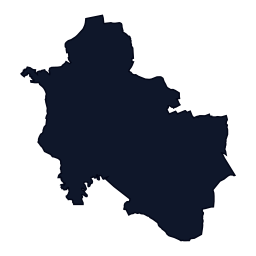 the district of Adamus, Mures, Romania
{"feature_id": "2599482B10213033465232", "entity_name": "Adamus", "entity_type": "district", "adm_level": 2, "iso_a3": "ROU", "parent_name": "Romania", "parent_adm1": "Mures", "projection": "orthographic", "projection_center": [24.206, 46.308], "detail": "fine", "context": "isolated", "style": "filled", "palette": "ink", "viewbox_px": 256, "rotation_deg": 0, "n_neighbors": 0, "source": "geoboundaries", "source_scale": "gbopen_adm2", "svg_char_len": 5670}
<svg xmlns="http://www.w3.org/2000/svg" viewBox="0 0 256 256"><path d="M234.9,175.3L224.3,158.1L221.8,152.9L224.5,153.5L226.1,154.7L225.7,152.9L225.7,152.2L225.3,150.8L224.9,150.2L224.8,149.3L224.9,148.8L224.8,148.3L225.3,146.9L225.2,146.2L225.6,145.4L225.8,143.8L225.4,142.6L225.8,141.9L225.9,140.6L225.8,139.6L227.5,134.4L227.5,130.5L227.4,129.2L226.7,127.0L227.2,125.8L227.3,125.1L226.7,124.4L225.7,123.8L226.2,123.0L226.3,121.6L227.2,119.9L227.2,119.3L226.2,115.7L222.0,116.9L220.4,117.0L217.5,116.7L215.4,117.1L211.9,117.0L211.7,116.3L210.8,116.6L210.0,116.1L209.5,115.2L209.3,114.3L205.1,115.9L199.8,115.8L198.7,116.1L198.1,116.5L198.5,117.1L198.2,117.4L197.6,116.6L197.2,116.9L197.0,116.5L194.4,117.6L193.9,118.0L192.0,115.8L190.2,111.2L186.9,112.5L185.5,110.8L184.9,110.8L177.4,113.9L175.6,111.4L169.2,114.1L166.8,109.6L167.5,108.2L168.1,107.8L168.3,106.9L168.2,105.8L169.9,105.7L171.9,107.2L172.3,107.2L172.8,106.9L173.6,108.0L175.3,106.8L175.8,106.7L175.9,107.0L179.9,104.8L179.1,103.7L177.4,99.9L176.6,99.1L177.5,98.7L179.5,98.4L179.2,96.3L179.2,93.0L175.3,90.6L173.1,89.6L170.7,89.7L167.4,87.8L166.7,87.0L165.9,85.4L165.6,84.6L163.9,81.5L162.9,78.4L161.3,77.2L160.2,76.9L157.0,77.0L151.4,79.2L149.2,79.5L145.3,79.2L138.3,76.4L135.8,74.8L134.2,74.9L132.4,74.3L130.9,72.4L128.9,71.4L128.8,70.9L129.6,69.1L131.1,67.1L132.2,65.0L133.4,61.9L131.9,61.8L131.8,58.5L133.3,58.2L132.7,48.0L132.5,47.7L132.1,47.6L131.8,46.5L131.4,46.1L131.1,44.5L131.3,44.4L130.8,42.7L130.9,40.6L130.1,39.0L130.5,38.7L129.7,36.7L129.4,36.4L128.8,36.7L125.5,33.6L124.8,33.4L122.7,31.8L122.3,30.7L122.8,30.5L121.9,27.0L121.9,26.0L121.6,24.3L121.3,23.7L120.4,23.1L119.4,22.8L115.0,23.4L112.6,23.3L111.0,22.8L104.2,23.6L103.9,23.4L103.6,22.9L103.1,18.0L102.4,15.4L85.9,18.7L85.5,22.7L84.9,25.2L83.5,28.4L82.7,29.6L77.5,35.3L75.6,37.0L71.4,39.7L68.3,40.8L66.5,42.2L65.5,43.4L65.3,44.3L65.3,46.4L65.4,46.9L66.1,47.5L66.4,48.2L66.3,49.6L66.8,52.6L68.6,52.5L69.0,57.7L68.4,57.8L68.8,59.6L70.9,62.5L69.8,63.6L69.0,63.4L66.1,61.6L65.1,63.3L62.3,65.5L62.4,66.2L62.1,66.4L60.6,66.9L57.9,67.3L51.7,67.5L49.7,68.4L49.7,69.3L49.1,70.6L49.6,71.9L49.8,73.2L49.6,74.6L48.7,74.3L47.5,72.7L44.8,70.7L44.6,69.9L41.5,70.6L40.9,71.6L40.5,71.6L40.0,71.1L38.3,71.5L37.1,72.2L37.3,74.2L36.3,73.2L35.1,72.5L35.4,69.9L33.4,69.8L32.0,69.1L30.1,67.8L27.3,67.2L26.3,69.5L25.3,69.2L25.0,69.3L25.2,69.5L24.5,70.4L23.9,70.1L23.5,70.3L23.9,71.2L23.3,71.5L23.5,72.1L23.3,72.6L22.6,72.5L22.0,73.2L21.6,73.2L21.1,73.8L21.6,74.5L24.2,76.6L24.6,75.8L27.2,74.7L27.4,73.3L27.7,73.2L29.3,73.8L30.0,74.5L29.8,76.0L30.4,76.7L31.7,76.7L31.6,78.0L32.1,78.3L32.7,79.1L34.0,80.2L33.9,81.0L30.8,80.8L31.0,82.1L35.0,82.6L39.1,82.5L39.8,84.4L42.6,86.7L43.9,88.2L45.2,90.5L46.3,93.3L46.4,94.3L45.9,96.1L45.9,98.2L45.4,99.7L45.7,100.3L45.9,102.1L47.4,108.2L47.1,111.0L47.7,114.1L47.1,114.8L46.5,116.2L46.1,117.6L46.0,118.4L46.8,118.9L46.1,125.0L44.2,127.1L43.2,130.3L43.2,131.7L42.5,133.1L41.8,133.8L41.3,133.8L40.4,134.9L39.4,136.9L38.6,139.1L38.6,140.8L38.1,142.1L39.8,144.2L40.6,145.5L42.5,147.4L44.6,151.4L50.8,154.4L52.3,156.4L52.7,156.7L54.0,156.8L58.1,158.3L59.8,159.6L60.6,160.6L60.8,161.8L60.8,163.6L61.4,165.2L60.5,168.3L60.7,169.3L61.0,169.9L61.4,173.3L60.4,173.7L59.1,174.9L58.7,175.6L58.2,177.5L59.6,177.5L60.2,176.9L60.4,177.3L61.1,177.5L61.6,178.1L61.5,178.5L61.1,178.7L61.5,180.0L61.8,180.1L61.8,180.7L63.1,181.8L63.8,182.9L64.7,182.9L65.1,183.5L64.4,185.0L63.9,185.5L63.7,185.3L63.9,184.4L61.1,184.7L60.9,184.9L61.7,185.2L61.2,187.4L61.7,187.7L61.8,188.1L62.0,187.9L62.3,188.4L62.8,188.4L63.1,188.9L63.6,189.0L64.1,189.8L66.1,189.5L65.9,189.3L65.9,189.0L66.2,188.8L66.5,189.0L66.8,188.3L67.4,188.4L67.7,187.6L68.0,187.4L68.5,187.7L69.3,191.4L68.5,193.4L68.5,193.9L67.2,195.7L66.3,196.2L66.6,197.5L68.0,198.8L68.3,199.5L68.5,199.5L69.9,199.3L72.1,199.6L72.9,200.7L72.8,201.1L72.9,202.5L73.4,202.8L73.8,204.4L83.0,204.4L83.0,202.9L81.6,199.6L81.6,198.3L82.4,197.1L82.2,196.3L81.7,195.4L81.6,194.8L82.1,194.5L83.2,194.6L86.0,196.5L86.8,196.5L87.1,196.1L87.1,195.2L86.8,194.7L85.2,193.2L84.3,191.4L81.8,189.5L81.7,189.0L81.7,188.6L82.1,188.1L82.9,188.2L83.5,188.6L84.5,189.8L85.4,190.1L86.2,189.0L86.2,188.5L85.2,186.1L85.0,185.2L83.8,183.9L83.7,183.2L84.0,182.4L84.3,182.1L85.7,181.8L87.5,182.1L88.1,182.9L88.0,185.5L88.1,186.1L88.4,186.5L88.7,186.6L89.6,186.1L90.6,183.7L91.9,183.2L92.1,182.9L92.4,181.8L92.3,181.1L91.9,180.2L91.0,179.3L91.0,177.8L91.2,177.5L92.5,177.2L92.8,176.5L93.6,176.7L94.6,177.9L95.3,177.9L96.4,176.9L96.5,175.0L97.2,174.8L97.5,175.1L97.6,175.5L97.2,178.6L97.5,179.1L98.6,179.8L99.2,179.7L99.4,179.2L99.0,176.7L99.2,175.9L99.6,175.5L101.2,175.6L101.6,176.0L102.9,178.7L103.3,179.0L103.7,179.1L104.3,178.8L104.7,178.1L107.5,177.1L106.6,178.3L105.9,179.1L114.1,186.5L130.0,198.9L129.8,200.4L129.1,201.9L127.4,201.7L126.6,202.0L125.6,203.1L125.0,203.4L124.4,205.2L124.5,206.9L123.9,209.1L124.7,209.4L126.1,209.4L128.8,214.9L130.9,213.8L133.3,213.4L134.9,212.4L137.4,213.3L139.7,212.8L141.0,213.6L143.9,213.9L147.8,216.0L148.9,216.1L150.1,217.5L152.9,219.1L157.7,222.6L158.1,223.4L158.6,225.2L159.4,226.4L161.4,227.9L162.3,229.1L163.5,229.9L165.7,231.7L167.2,234.2L169.1,235.7L174.3,237.3L179.2,239.5L181.0,240.6L182.1,240.3L184.0,240.6L189.3,240.5L190.4,238.6L194.4,238.1L201.4,234.3L202.4,227.5L202.6,224.9L202.4,223.6L203.0,221.0L202.3,218.2L202.6,217.1L202.3,216.3L202.6,215.8L202.5,215.2L203.0,214.6L203.3,213.3L203.3,212.9L202.2,211.4L202.0,210.9L202.4,209.9L202.5,208.8L204.9,208.5L211.0,206.9L213.4,206.8L213.9,201.4L213.9,196.2L213.7,193.0L212.8,189.8L219.9,181.1L224.0,179.0L227.7,176.0L229.9,174.8L232.8,174.9L234.0,175.6L234.9,175.3Z" fill="#0f172a" stroke="#020617" stroke-width="1.5"/></svg>